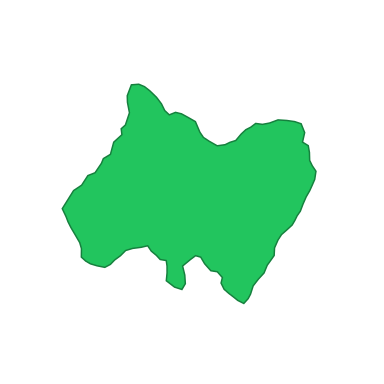 the district of Marmelópolis, Minas Gerais, Brazil, rotated 154°
{"feature_id": "56859067B23213447356300", "entity_name": "Marmelópolis", "entity_type": "district", "adm_level": 2, "iso_a3": "BRA", "parent_name": "Brazil", "parent_adm1": "Minas Gerais", "projection": "mercator", "projection_center": [-45.172, -22.465], "detail": "fine", "context": "isolated", "style": "filled", "palette": "green", "viewbox_px": 384, "rotation_deg": 154, "n_neighbors": 0, "source": "geoboundaries", "source_scale": "gbopen_adm2", "svg_char_len": 1531}
<svg xmlns="http://www.w3.org/2000/svg" viewBox="0 0 384 384"><g transform="rotate(154 192 192)"><path d="M199.5,314.9L208.0,306.9L210.7,300.9L213.5,290.6L222.5,281.4L227.9,279.9L229.9,274.2L240.5,271.1L248.8,261.6L257.0,260.9L260.8,257.5L270.7,251.8L278.4,252.4L288.2,246.5L297.8,245.2L315.9,233.9L316.0,225.0L316.5,219.5L316.4,213.0L315.7,204.1L315.1,195.7L316.2,189.5L320.0,182.0L317.8,176.5L314.8,172.0L309.7,167.3L303.4,162.5L297.1,162.7L291.3,164.8L284.2,166.1L277.3,168.5L270.0,167.3L262.0,164.6L255.4,163.1L254.5,156.6L251.8,150.7L250.2,145.3L245.2,141.7L246.9,136.4L249.9,130.2L254.0,123.5L249.4,114.2L243.8,108.8L238.2,112.5L234.9,120.5L232.9,129.6L223.0,132.0L216.7,133.2L212.7,129.6L212.1,122.0L209.6,113.0L204.2,109.2L202.2,101.8L205.8,97.4L205.8,90.5L203.3,84.6L200.8,79.6L198.4,74.5L194.3,69.1L188.3,71.5L184.2,74.5L178.2,80.8L170.5,84.6L162.8,87.6L156.5,93.2L151.1,96.1L146.0,98.9L142.3,105.6L135.7,111.2L130.2,114.5L123.6,116.3L116.5,118.4L112.1,121.3L108.0,124.5L103.0,127.3L97.6,132.4L91.5,137.6L85.7,141.5L81.1,145.3L76.2,149.5L71.5,156.3L72.4,162.9L72.4,168.8L69.1,176.1L67.2,182.7L70.8,188.4L64.7,196.0L64.0,205.5L68.9,210.3L75.4,214.7L83.1,219.1L92.1,220.0L99.0,221.9L104.7,225.7L110.7,224.5L116.3,224.4L122.5,222.5L130.1,219.1L136.0,220.0L141.5,220.0L149.1,222.5L154.3,230.1L157.8,236.0L158.7,242.3L158.1,253.8L162.8,260.7L167.2,266.9L171.9,270.8L178.6,271.3L180.8,277.2L180.8,284.6L182.4,292.7L185.5,301.3L188.5,307.5L192.6,312.2L199.5,314.9Z" fill="#22c55e" stroke="#15803d" stroke-width="1.5"/></g></svg>